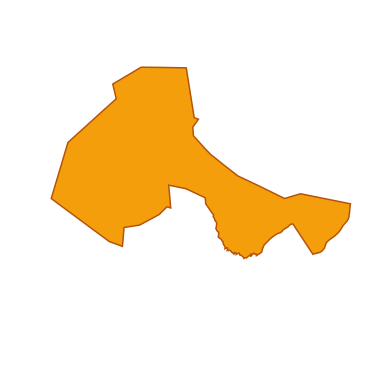 Coronel José Dias, Piauí, Brazil, rotated 316°
{"feature_id": "56859067B76056994493653", "entity_name": "Coronel José Dias", "entity_type": "district", "adm_level": 2, "iso_a3": "BRA", "parent_name": "Brazil", "parent_adm1": "Piauí", "projection": "albers", "projection_center": [-42.3, -8.961], "detail": "fine", "context": "isolated", "style": "filled", "palette": "amber", "viewbox_px": 384, "rotation_deg": 316, "n_neighbors": 0, "source": "geoboundaries", "source_scale": "gbopen_adm2", "svg_char_len": 1774}
<svg xmlns="http://www.w3.org/2000/svg" viewBox="0 0 384 384"><g transform="rotate(316 192 192)"><path d="M242.1,66.9L210.0,59.3L202.3,72.3L194.2,72.0L192.8,72.0L190.5,71.9L176.0,71.4L137.2,70.2L121.7,78.9L86.2,98.9L94.5,148.9L94.8,150.6L98.1,170.3L104.2,182.8L118.5,170.3L131.3,179.4L152.8,185.4L163.7,185.3L165.6,188.7L180.0,170.9L189.9,185.4L192.3,191.6L197.5,205.3L195.1,208.3L193.7,209.9L191.8,221.2L191.7,223.3L190.1,224.5L189.7,226.8L188.8,228.3L188.5,230.3L188.1,231.6L185.1,234.1L183.8,234.8L183.2,236.9L182.9,238.1L183.2,239.6L182.1,240.6L179.5,242.7L180.2,246.6L179.6,247.9L179.7,249.5L178.7,250.5L178.2,251.8L177.6,254.6L176.3,255.7L177.8,256.1L178.7,257.2L176.6,258.5L177.5,259.5L178.7,260.0L178.9,261.3L178.7,263.0L179.0,264.2L179.0,265.8L180.4,265.0L181.4,266.7L180.4,267.6L181.8,267.9L183.5,268.9L182.6,270.5L183.3,271.6L183.6,273.1L183.6,274.6L183.2,275.8L184.5,276.1L185.4,277.3L188.2,277.3L189.3,277.6L189.6,279.0L190.8,279.2L191.0,277.6L192.6,279.0L194.1,279.0L194.0,280.3L195.0,281.2L194.1,282.5L196.3,282.9L197.9,283.4L200.5,283.6L202.0,282.7L203.6,281.7L207.1,280.2L215.5,280.0L219.6,280.4L221.2,280.6L224.5,281.3L227.6,282.7L229.5,282.9L231.1,282.5L234.3,283.1L236.5,283.7L240.5,283.7L242.4,285.1L235.7,320.9L237.2,321.3L238.1,322.1L241.5,324.0L243.5,324.7L246.3,324.7L248.4,324.3L251.7,322.6L254.2,321.7L257.2,321.8L264.6,322.8L269.0,322.9L272.0,322.5L277.1,321.2L279.0,320.9L282.3,320.7L285.5,320.1L287.6,319.0L288.9,317.7L290.7,316.5L292.8,314.7L296.7,311.3L297.8,310.6L276.1,279.2L268.9,268.7L254.1,261.0L251.8,254.7L244.3,233.9L236.2,212.5L233.5,193.5L232.7,186.9L231.5,178.3L231.5,169.4L231.7,164.1L232.1,152.6L237.6,145.9L247.2,144.1L245.2,140.1L274.1,98.7L255.3,79.9L242.1,66.9Z" fill="#f59e0b" stroke="#b45309" stroke-width="1.5"/></g></svg>